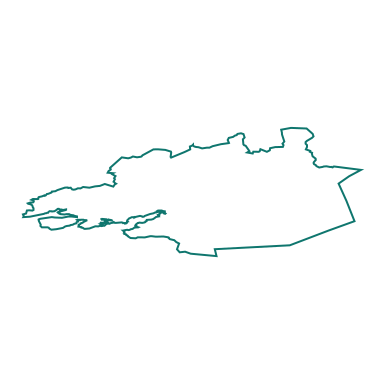 Rana nor, Nordland, Norway (Natural Earth projection)
{"feature_id": "86288312B15447104540063", "entity_name": "Rana nor", "entity_type": "district", "adm_level": 2, "iso_a3": "NOR", "parent_name": "Norway", "parent_adm1": "Nordland", "projection": "natural_earth1", "projection_center": [14.014, 66.44], "detail": "fine", "context": "isolated", "style": "outline", "palette": "teal", "viewbox_px": 384, "rotation_deg": 0, "n_neighbors": 0, "source": "geoboundaries", "source_scale": "gbopen_adm2", "svg_char_len": 5896}
<svg xmlns="http://www.w3.org/2000/svg" viewBox="0 0 384 384"><path d="M31.5,199.8L33.6,200.5L33.8,201.3L33.6,201.9L33.0,202.4L30.2,202.6L27.8,203.4L28.2,203.8L29.5,204.0L31.8,204.9L32.5,206.0L32.9,207.5L33.5,208.2L33.5,210.0L32.4,210.6L29.3,210.3L26.9,210.5L26.1,213.5L23.0,214.4L23.6,215.5L23.4,215.8L23.7,216.8L23.5,217.1L29.9,216.7L43.8,213.9L45.1,213.3L46.4,213.2L47.1,212.8L48.1,212.7L48.2,212.3L49.5,211.2L51.8,211.3L52.0,211.5L54.5,211.2L56.7,209.8L57.6,208.9L58.8,208.8L59.5,209.5L59.7,209.3L60.2,209.5L61.5,209.5L62.4,209.8L61.8,210.1L62.0,210.2L66.1,209.4L66.1,209.8L65.5,210.1L58.4,211.9L57.7,212.4L58.2,212.9L59.8,213.3L60.2,213.7L59.9,213.9L60.3,214.1L64.6,214.5L66.6,214.1L69.0,214.1L70.6,214.9L73.5,215.3L74.6,215.9L77.0,216.4L77.0,217.1L71.1,216.5L68.5,216.5L62.0,217.8L54.8,217.5L51.8,217.1L40.2,218.8L38.6,219.4L38.5,219.8L38.9,220.3L38.9,221.1L40.7,224.6L40.4,225.9L41.8,227.3L47.4,227.3L48.7,227.7L49.5,228.7L51.4,229.7L56.3,229.2L63.0,227.9L65.1,226.5L66.7,226.0L69.9,225.6L70.4,225.1L72.8,224.7L74.3,223.8L76.4,223.3L76.6,222.2L77.4,221.6L78.1,221.5L77.9,221.0L78.1,220.6L77.1,219.9L77.7,219.7L79.7,220.0L79.7,219.8L83.3,219.7L84.4,220.1L87.2,220.2L83.1,222.2L82.6,222.8L81.1,223.1L80.5,223.9L79.0,224.6L79.0,225.0L78.6,225.2L78.7,225.5L78.4,226.6L81.4,227.1L81.4,227.6L83.0,227.9L83.7,228.5L84.7,228.9L89.4,228.5L95.3,226.3L98.3,226.4L100.0,225.8L101.3,226.1L102.0,226.0L102.0,225.5L101.7,225.5L101.8,225.0L101.1,224.9L101.1,224.6L100.8,224.4L101.1,224.4L101.1,224.1L100.2,223.8L100.7,222.7L103.5,222.8L105.3,222.1L105.0,221.9L105.1,221.7L104.6,221.7L104.8,221.3L104.6,220.4L105.2,220.3L104.5,220.1L104.3,219.7L101.8,219.7L101.6,219.2L102.0,219.2L101.8,219.1L102.0,218.9L106.5,219.3L106.8,219.7L106.4,219.8L106.5,220.0L107.2,220.0L109.1,219.2L107.7,220.0L109.2,219.7L112.4,220.3L111.4,220.3L111.6,220.5L107.2,220.0L107.2,220.3L106.9,220.3L107.1,221.3L106.9,221.3L107.3,221.7L107.1,221.7L107.4,222.6L107.2,222.6L107.3,222.9L105.2,222.7L104.9,223.0L104.1,223.0L103.3,223.4L102.4,224.2L101.4,224.4L101.6,224.7L102.9,225.1L102.2,225.8L105.2,225.7L103.8,225.7L105.2,225.1L106.0,224.3L105.9,224.2L107.4,223.7L107.9,223.1L108.4,223.3L108.7,223.7L109.4,223.8L111.1,223.0L113.8,222.6L114.1,222.3L114.9,222.9L115.7,222.9L121.7,222.4L122.8,222.7L123.0,223.1L125.0,223.0L125.1,223.6L126.4,223.3L126.7,223.0L126.5,222.7L127.3,222.3L127.4,221.9L127.0,221.6L127.1,221.1L127.3,221.1L127.1,220.9L127.4,220.1L128.6,219.0L128.8,218.6L131.8,217.2L133.3,217.2L134.8,216.9L135.3,217.0L135.2,217.2L136.1,216.8L140.0,215.9L142.1,216.4L142.4,216.8L143.8,216.7L144.6,216.0L150.1,214.0L153.5,213.3L155.0,212.5L155.9,212.5L156.0,212.3L157.7,212.0L157.5,211.8L157.7,211.7L157.2,211.6L157.6,211.2L157.3,211.0L158.1,210.5L160.3,210.5L160.2,210.6L164.0,211.2L163.9,211.3L164.5,211.8L165.6,212.1L164.5,212.3L164.6,212.8L164.1,213.1L165.4,213.6L165.2,213.8L164.0,213.5L163.6,213.0L163.9,212.4L164.4,212.2L164.0,211.7L160.4,211.2L159.1,211.9L160.4,211.5L161.4,212.1L161.5,212.4L161.2,212.4L161.4,212.6L159.8,213.2L160.3,213.2L159.3,214.0L159.4,214.5L157.9,214.9L158.2,215.5L158.9,215.8L158.7,216.1L158.9,216.4L156.2,216.9L153.3,219.0L151.3,219.6L146.7,219.9L146.5,220.3L146.7,220.5L146.7,221.0L146.4,221.3L145.3,221.6L145.1,222.2L144.3,222.5L142.3,222.9L139.2,222.6L138.5,223.0L137.8,223.0L135.8,224.6L135.5,225.2L136.1,225.7L136.0,226.0L135.4,226.0L134.6,226.5L136.1,226.2L136.0,226.6L136.8,226.5L137.0,226.8L136.8,227.1L137.0,226.8L137.0,226.6L137.1,226.8L136.9,227.1L137.2,226.9L138.3,227.3L138.1,227.4L136.6,227.4L136.9,227.2L136.0,227.5L134.4,227.6L132.6,228.9L130.6,229.3L129.6,229.9L128.2,230.1L127.3,229.8L126.3,229.9L123.0,230.6L123.4,230.7L123.1,230.7L124.3,231.8L124.0,232.6L124.5,232.6L124.3,233.9L126.0,234.3L127.0,235.3L126.9,235.4L127.8,235.8L127.9,236.3L130.5,238.0L135.7,238.3L137.8,237.3L144.8,237.4L150.2,236.2L151.8,236.2L155.9,236.7L163.4,236.5L168.2,237.3L168.8,237.6L168.7,238.1L169.8,239.1L174.3,240.2L176.3,242.1L179.1,243.5L177.0,249.3L179.7,252.3L185.1,251.7L190.7,253.7L216.5,256.1L214.8,249.2L289.8,245.3L328.7,230.5L354.5,221.2L346.4,200.8L338.6,183.6L349.2,176.2L361.0,169.9L334.2,166.5L333.4,166.6L332.8,167.3L332.3,167.4L331.5,166.9L330.1,167.0L326.5,166.3L323.7,166.5L322.7,166.9L319.2,167.5L316.4,166.1L315.8,165.1L314.1,164.2L313.7,163.5L313.6,162.8L313.9,162.1L315.8,159.9L315.6,159.4L315.6,158.6L312.6,156.3L311.9,153.8L312.1,152.8L309.9,151.8L310.2,150.9L305.9,149.4L307.0,147.0L307.0,145.1L305.6,143.7L305.6,142.1L306.9,140.9L312.1,137.8L313.5,136.4L312.7,133.9L306.6,128.5L291.0,127.9L281.2,129.7L281.9,132.5L282.0,134.5L284.3,141.5L282.5,143.7L283.5,145.1L282.9,146.9L275.2,147.1L270.1,148.2L269.8,150.3L266.9,151.8L260.4,149.2L259.7,151.3L258.7,151.8L253.3,151.7L252.7,153.5L247.2,152.5L249.4,151.1L245.7,145.8L244.1,145.2L243.4,144.4L242.9,139.3L244.6,137.5L243.5,134.1L241.0,133.3L237.6,133.9L237.2,134.2L236.7,135.1L234.9,135.6L233.1,136.9L228.8,137.9L227.7,140.0L229.0,143.0L228.8,143.1L220.9,144.2L212.6,146.2L209.4,147.7L206.7,147.7L202.1,148.4L198.4,147.2L196.1,147.0L194.3,146.5L193.0,145.6L193.0,144.7L192.0,145.7L189.9,146.5L190.2,149.4L184.4,152.1L171.1,157.6L170.6,156.9L171.2,152.6L170.9,151.6L165.3,149.9L157.8,149.3L153.4,149.4L142.5,155.3L141.5,156.5L140.5,156.8L137.0,157.3L132.9,156.5L130.8,157.6L128.2,158.3L121.8,157.4L110.1,167.8L110.0,168.1L110.8,169.2L110.7,169.6L108.6,171.0L107.7,172.7L113.0,173.2L112.0,173.7L112.3,173.7L112.0,174.1L115.5,176.1L114.1,178.2L114.9,179.2L113.6,181.7L114.2,182.0L114.7,182.9L116.0,183.7L114.9,184.3L113.3,186.6L104.8,184.0L99.9,185.9L95.0,186.4L89.4,187.7L83.1,187.0L80.5,188.4L77.9,188.3L75.5,189.4L73.7,189.7L72.1,189.4L70.7,187.7L68.2,188.0L67.8,187.5L65.0,187.6L57.4,190.1L55.4,191.2L51.8,191.6L51.7,192.3L51.3,192.6L48.3,193.8L46.9,194.0L45.6,195.5L44.5,195.8L44.3,195.4L42.2,196.3L38.8,197.1L38.4,197.5L38.3,198.9L37.8,199.1L32.9,199.0L31.5,199.8Z" fill="none" stroke="#0f766e" stroke-width="2"/></svg>